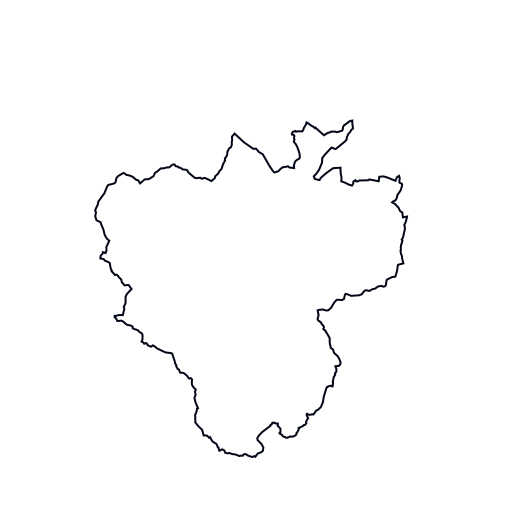 Ramet, Alba, Romania, rotated 315°
{"feature_id": "2599482B41424477367758", "entity_name": "Ramet", "entity_type": "district", "adm_level": 2, "iso_a3": "ROU", "parent_name": "Romania", "parent_adm1": "Alba", "projection": "orthographic", "projection_center": [23.514, 46.33], "detail": "fine", "context": "isolated", "style": "outline", "palette": "ink", "viewbox_px": 512, "rotation_deg": 315, "n_neighbors": 0, "source": "geoboundaries", "source_scale": "gbopen_adm2", "svg_char_len": 6142}
<svg xmlns="http://www.w3.org/2000/svg" viewBox="0 0 512 512"><g transform="rotate(315 256 256)"><path d="M218.0,402.3L220.7,400.4L221.3,399.1L222.7,398.5L224.8,396.8L228.2,395.9L228.6,395.0L229.4,394.7L231.0,394.6L232.9,392.8L234.2,390.1L237.1,392.4L238.8,392.2L240.5,391.2L241.8,388.5L242.9,384.8L242.7,379.7L244.3,376.6L243.9,374.0L246.2,370.2L250.1,366.0L251.5,360.8L251.7,359.1L252.2,358.5L252.0,355.2L253.5,354.7L254.4,352.7L254.2,351.0L255.0,349.2L254.7,348.8L254.8,347.2L254.4,345.8L254.7,344.6L254.9,344.1L258.4,342.1L261.2,338.0L262.2,338.5L264.8,340.5L265.7,341.5L267.1,344.2L268.7,345.5L272.7,345.7L278.0,344.3L281.5,344.0L282.6,344.4L285.6,347.9L287.7,348.6L291.2,346.5L292.5,346.1L293.3,347.1L295.2,351.5L301.0,356.6L303.6,357.8L308.3,357.3L308.9,357.6L310.1,358.6L311.3,360.8L314.5,361.7L317.4,363.4L319.3,363.5L321.2,364.1L323.8,366.1L324.2,367.6L325.5,368.4L326.2,368.7L327.7,368.2L330.3,366.0L332.0,365.3L337.2,367.1L340.0,369.1L345.0,366.4L350.1,362.6L355.0,365.4L357.5,361.2L359.4,358.9L359.7,357.6L361.8,354.5L362.7,354.3L364.2,352.5L366.8,350.5L368.2,350.1L368.9,349.4L370.6,348.5L370.6,347.5L373.1,346.8L380.1,342.4L381.4,341.2L382.8,338.9L386.2,337.7L390.3,335.2L390.7,334.9L387.2,332.6L390.2,328.7L389.7,326.5L389.9,325.2L390.9,322.9L391.1,317.4L390.2,314.3L392.2,314.5L393.7,315.2L395.0,315.1L397.8,313.9L398.6,313.0L404.5,311.9L408.7,309.8L409.7,309.0L410.2,307.9L409.4,306.1L409.6,305.0L412.3,302.9L413.2,301.8L413.8,300.4L411.0,300.0L407.8,301.5L404.4,293.4L402.4,289.8L399.2,287.2L395.6,289.9L390.3,282.0L388.8,281.7L382.6,275.8L380.2,274.9L379.6,274.2L379.9,272.6L377.5,272.2L375.9,273.6L373.7,274.1L372.2,271.3L370.6,266.6L369.1,263.5L371.7,261.3L375.0,256.6L378.2,253.3L372.7,248.5L364.2,247.0L357.0,246.6L354.8,247.2L354.3,247.0L352.1,243.0L353.2,240.5L356.8,240.5L361.6,239.6L368.7,236.7L372.1,233.6L376.5,233.0L386.1,232.7L387.6,236.3L388.7,236.8L399.5,237.9L402.2,237.8L404.4,236.2L407.9,234.9L410.3,234.9L412.5,234.2L414.7,234.5L418.7,229.3L419.9,228.4L418.2,227.1L410.6,225.9L408.8,226.3L406.6,228.0L405.3,228.2L400.6,225.6L399.9,223.9L396.8,221.0L395.3,220.7L393.3,219.4L391.6,219.4L391.1,218.9L389.4,218.7L388.8,207.2L388.1,207.3L387.9,204.7L387.5,204.1L386.6,198.5L386.2,197.3L384.4,198.3L380.1,199.4L378.5,200.3L376.9,200.6L373.6,197.3L372.1,196.3L372.3,195.5L369.8,194.3L368.0,194.7L367.3,195.5L368.4,197.2L367.9,198.4L366.5,199.2L365.4,201.0L363.8,201.7L363.4,202.8L363.2,205.2L362.3,208.0L360.0,212.9L358.7,215.0L356.9,217.1L355.2,217.8L353.0,217.0L350.6,216.9L349.6,217.2L346.7,218.9L345.1,220.8L342.2,217.0L342.0,215.1L339.6,213.7L337.6,212.1L334.4,211.7L332.0,211.9L328.7,210.4L328.0,209.8L328.2,206.9L329.4,201.1L332.7,188.9L331.6,184.5L331.9,180.0L329.9,178.4L327.9,167.3L327.4,154.3L323.4,154.6L321.0,157.3L319.2,158.4L318.0,159.9L316.6,160.7L315.2,161.4L313.2,160.9L309.3,162.1L307.4,163.9L304.8,165.0L303.1,164.9L301.8,166.5L297.4,167.9L293.1,170.1L290.0,170.1L287.7,171.0L283.5,170.8L282.0,171.8L277.4,171.5L276.3,167.8L274.9,164.4L272.3,163.1L272.0,161.3L268.8,158.7L267.9,157.0L267.3,149.5L267.4,148.3L267.9,147.2L267.9,146.1L265.3,142.8L265.1,140.6L263.9,138.6L264.1,137.8L262.7,135.6L263.1,133.8L262.7,133.1L260.9,132.2L257.9,132.1L257.1,131.8L255.9,130.6L252.4,128.5L250.6,126.7L246.0,126.4L243.4,125.8L240.0,127.1L234.7,125.9L231.6,123.2L225.3,122.6L226.2,119.5L226.1,118.8L225.2,117.7L224.8,112.8L223.6,109.9L221.7,106.9L221.4,104.1L220.7,103.5L215.2,102.0L212.6,102.1L208.7,104.6L206.8,104.3L201.8,101.3L199.9,101.6L193.2,104.4L182.8,106.1L180.8,107.6L174.6,109.9L173.7,112.0L170.5,114.1L168.5,117.9L170.0,122.4L169.0,123.9L167.0,129.0L163.8,134.4L162.8,138.4L163.1,141.4L156.4,143.9L154.2,146.4L151.7,147.6L151.3,146.9L151.7,146.8L151.6,146.5L151.0,146.1L150.4,145.0L149.5,145.8L146.4,146.0L144.2,147.6L146.1,150.5L145.8,152.2L147.3,155.8L147.6,157.5L144.4,162.2L143.9,163.2L143.9,164.1L143.1,164.7L143.0,168.6L142.7,169.5L144.3,170.7L144.3,172.7L144.0,174.4L144.1,176.8L144.1,177.3L142.6,179.6L142.3,183.8L145.4,186.4L144.7,191.3L137.7,191.6L134.9,192.6L130.6,197.0L126.4,198.6L125.5,200.3L120.0,203.6L117.0,200.5L114.6,199.4L113.8,198.4L112.8,199.2L113.0,200.2L112.7,201.1L112.7,202.0L112.0,203.7L112.7,204.7L114.7,206.1L115.4,207.2L115.8,209.1L116.0,213.1L118.6,217.2L118.6,219.1L117.8,219.7L118.0,221.0L120.0,225.0L119.8,226.7L120.5,229.6L120.1,231.4L116.7,234.8L114.6,235.6L115.2,237.9L114.9,239.0L116.8,239.9L116.8,241.6L116.3,242.5L116.5,243.2L117.7,246.0L119.9,246.3L120.3,247.6L120.8,251.7L123.4,259.1L124.0,260.4L126.9,264.1L127.7,265.7L124.3,272.6L122.7,275.1L122.5,276.8L121.6,277.5L120.8,280.5L121.2,282.0L120.0,284.5L120.0,285.2L121.6,286.7L122.3,288.3L122.5,292.6L122.0,294.5L122.1,295.5L123.5,296.1L123.5,298.0L121.0,300.2L119.5,302.1L119.2,304.2L118.8,304.8L119.0,307.7L118.7,308.1L117.0,308.7L115.0,311.6L112.2,312.7L109.6,317.0L107.4,322.6L106.5,322.2L103.9,324.0L100.7,325.3L95.4,330.8L94.9,335.6L95.0,340.8L92.1,345.9L94.2,348.0L94.4,349.6L94.3,351.4L95.4,351.5L94.1,356.1L94.5,358.5L95.0,359.9L95.0,361.5L93.7,364.4L93.9,365.3L92.3,367.6L92.5,368.0L95.3,368.7L95.9,370.3L96.0,371.1L95.4,373.0L95.1,373.5L96.6,375.7L97.9,376.5L99.2,379.3L101.2,381.9L102.8,385.7L104.3,386.6L105.5,387.9L106.7,387.6L108.0,388.1L108.7,388.9L109.3,391.7L110.9,394.9L111.5,395.7L113.2,396.2L113.5,396.7L113.6,397.5L117.6,396.9L120.7,398.4L123.1,398.6L125.8,396.6L126.9,392.8L127.0,387.3L128.1,385.7L130.9,385.0L136.3,384.9L146.1,386.3L146.6,385.8L148.4,386.1L149.1,385.6L149.9,385.6L150.7,386.7L151.1,386.8L151.3,388.0L153.0,389.9L152.8,390.3L151.4,391.1L151.1,395.6L148.0,398.3L147.4,398.0L147.3,399.3L147.9,400.2L147.8,401.5L147.5,402.1L147.8,403.3L148.6,404.6L148.7,405.9L150.7,407.2L152.7,407.8L153.6,409.3L156.2,410.6L158.4,410.7L159.7,409.7L161.1,409.7L164.4,408.5L164.5,407.8L168.9,409.4L170.3,409.4L171.4,410.1L173.4,409.8L174.3,408.6L176.1,407.9L178.2,407.6L178.7,405.8L179.4,404.2L180.1,403.6L180.7,403.7L180.7,404.7L181.7,406.4L183.8,407.6L184.4,408.6L184.8,408.7L189.2,407.9L191.4,408.6L195.0,408.7L199.9,406.7L204.3,403.5L212.9,398.9L213.5,399.2L213.9,398.9L216.5,400.1L217.4,400.9L217.4,401.8L218.0,402.3Z" fill="none" stroke="#020617" stroke-width="2"/></g></svg>